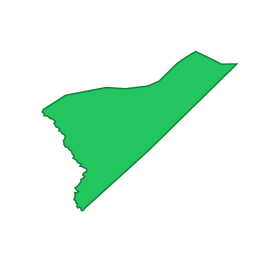 outline of Barro Alto, Bahia, Brazil, rotated 286°
{"feature_id": "56859067B11777623458278", "entity_name": "Barro Alto", "entity_type": "district", "adm_level": 2, "iso_a3": "BRA", "parent_name": "Brazil", "parent_adm1": "Bahia", "projection": "robinson", "projection_center": [-41.879, -11.85], "detail": "fine", "context": "isolated", "style": "filled", "palette": "green", "viewbox_px": 256, "rotation_deg": 286, "n_neighbors": 0, "source": "geoboundaries", "source_scale": "gbopen_adm2", "svg_char_len": 1340}
<svg xmlns="http://www.w3.org/2000/svg" viewBox="0 0 256 256"><g transform="rotate(286 128 128)"><path d="M36.2,107.6L39.3,108.8L95.9,144.0L98.6,145.7L101.0,147.2L110.6,153.1L133.3,166.1L148.9,174.8L154.4,178.0L159.5,180.9L163.0,182.8L180.8,193.0L204.3,206.2L212.7,211.1L219.5,214.9L218.9,212.8L217.4,207.9L215.8,202.6L215.1,200.4L218.4,182.6L219.0,179.0L220.2,171.9L213.6,165.8L212.2,164.4L210.8,163.4L208.7,161.5L203.6,157.4L181.5,144.9L179.1,141.9L173.9,135.7L171.2,129.5L168.4,122.7L166.9,119.2L166.1,117.3L165.1,115.0L160.8,95.6L145.9,66.2L143.7,61.8L142.1,58.8L122.4,41.5L119.6,41.1L118.9,43.5L116.7,43.8L117.3,46.3L116.9,48.6L115.7,50.2L115.8,53.0L115.0,55.0L113.8,56.7L112.2,55.5L110.8,57.2L109.4,58.4L109.0,60.6L108.5,62.6L106.2,62.2L106.3,64.3L104.3,66.5L103.9,69.1L102.3,70.1L100.3,70.2L97.9,69.3L96.3,70.4L94.6,71.0L92.4,73.1L93.1,75.2L91.3,76.8L90.2,80.1L87.6,81.7L86.4,83.9L83.9,83.4L83.3,85.5L83.0,87.2L81.0,89.0L80.4,91.2L80.7,93.0L78.1,92.3L78.2,94.3L77.7,97.1L77.3,99.8L74.5,100.0L72.1,97.5L70.3,97.5L69.6,99.6L67.3,98.8L65.6,96.9L63.4,97.7L60.8,96.5L59.1,95.9L57.6,95.1L55.8,93.7L54.0,95.7L53.2,98.0L51.6,96.5L51.2,94.6L49.0,95.7L47.5,96.2L45.8,95.9L44.1,95.9L43.8,97.7L41.9,98.6L41.0,100.3L38.6,100.5L37.4,102.0L38.7,103.4L37.8,104.8L35.8,105.9L36.2,107.6Z" fill="#22c55e" stroke="#15803d" stroke-width="1.5"/></g></svg>